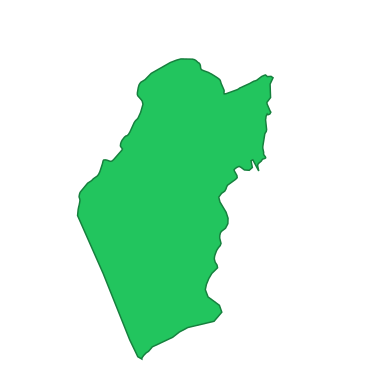 map outline of Toledo (Albers equal-area conic projection), rotated 332°
{"feature_id": "BLZ-1356", "entity_name": "Toledo", "entity_type": "District", "adm_level": 1, "iso_a3": "BLZ", "parent_name": "Belize", "parent_adm1": "", "projection": "albers", "projection_center": [-88.761, 16.286], "detail": "fine", "context": "isolated", "style": "filled", "palette": "green", "viewbox_px": 384, "rotation_deg": 332, "n_neighbors": 0, "source": "natural_earth", "source_scale": "10m", "svg_char_len": 2481}
<svg xmlns="http://www.w3.org/2000/svg" viewBox="0 0 384 384"><g transform="rotate(332 192 192)"><path d="M69.3,316.0L66.8,312.0L67.0,308.1L67.6,293.3L75.3,222.4L79.9,159.1L83.2,154.1L84.9,152.0L86.3,150.5L88.3,148.0L89.2,146.7L89.6,145.5L89.9,143.9L90.0,143.3L91.0,141.9L92.3,140.4L93.6,139.5L104.0,135.2L107.8,134.9L109.0,134.7L111.1,134.0L116.0,133.4L117.9,132.5L120.2,130.8L126.2,125.0L128.1,122.8L128.9,122.3L130.3,122.8L131.2,123.4L132.2,124.3L134.1,126.4L135.1,127.0L136.4,127.0L138.0,126.6L149.6,122.2L150.8,121.3L150.4,118.8L150.4,117.7L151.8,115.7L153.0,114.6L154.7,113.4L158.0,111.9L159.8,111.5L161.2,111.8L163.0,111.3L165.6,109.7L173.5,103.6L175.6,102.5L177.9,101.9L179.2,101.3L184.0,97.6L189.9,91.5L190.7,88.3L190.5,86.7L189.3,81.6L189.5,80.3L190.3,78.8L193.4,74.8L195.1,73.0L195.9,72.3L198.2,71.1L203.2,70.8L211.7,68.1L233.7,67.5L240.3,68.3L244.7,69.3L254.9,75.0L256.4,76.4L257.2,77.8L258.1,80.4L258.9,81.7L259.0,82.9L258.8,84.2L257.7,87.0L257.8,88.5L259.1,90.2L262.7,94.2L263.7,95.8L264.6,97.0L265.2,98.1L266.0,99.4L266.7,100.7L267.4,101.9L268.6,104.2L269.2,105.7L269.3,106.9L269.1,107.9L268.7,109.8L268.3,114.9L268.2,115.9L268.1,117.2L267.5,118.4L266.9,119.1L266.5,120.5L268.2,121.2L280.2,122.9L282.0,122.8L282.8,122.6L294.4,123.3L295.7,123.2L298.7,123.2L300.3,123.6L301.7,123.7L307.7,122.7L310.7,122.9L311.9,123.2L312.7,125.5L316.1,127.0L317.2,129.2L311.6,133.4L305.7,145.5L300.1,148.1L299.6,149.7L299.0,157.0L299.1,158.5L297.5,159.6L295.9,159.6L294.9,159.1L294.9,158.5L293.1,159.8L292.5,160.4L292.1,161.2L290.9,162.7L287.2,171.9L286.0,173.4L283.7,174.7L276.0,184.9L275.1,186.5L273.9,190.6L273.1,192.0L272.9,192.9L273.3,195.5L273.1,196.4L272.3,196.6L269.9,196.2L269.1,196.4L267.8,197.2L264.2,198.0L262.9,198.7L262.2,199.9L260.8,204.8L260.8,192.1L258.8,192.1L256.8,198.7L252.7,199.7L248.6,197.1L246.8,193.2L245.6,191.5L243.2,191.3L240.7,191.7L239.6,192.1L239.3,193.2L239.4,198.6L238.6,200.6L236.4,201.3L226.5,202.7L224.8,203.9L223.4,205.3L221.3,206.6L217.4,207.1L213.2,209.1L212.0,213.9L212.6,225.8L211.5,232.1L208.8,236.8L204.6,239.7L199.5,240.6L198.0,241.4L196.2,243.3L194.8,245.7L193.5,251.0L191.7,252.6L189.1,253.6L186.3,255.2L183.0,258.1L181.6,259.6L180.3,261.5L179.5,264.9L179.8,268.3L179.0,270.9L171.3,273.2L166.2,276.3L161.3,280.4L157.9,284.5L156.9,292.2L163.0,304.9L161.9,312.1L150.8,316.5L124.7,309.7L115.2,309.7L106.8,311.2L84.3,310.1L78.8,312.3L76.2,312.5L72.7,313.6L69.9,315.0L69.3,316.0Z" fill="#22c55e" stroke="#15803d" stroke-width="1.5"/></g></svg>